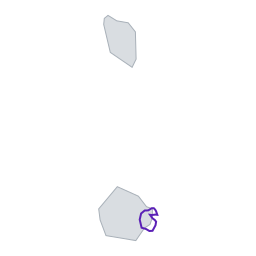 where Saint Philip sits in Antigua and Barbuda
{"feature_id": "ATG-5095", "entity_name": "Saint Philip", "entity_type": "Parish", "adm_level": 1, "iso_a3": "ATG", "parent_name": "Antigua and Barbuda", "parent_adm1": "", "projection": "natural_earth1", "projection_center": [-61.693, 17.064], "detail": "fine", "context": "in_parent", "style": "outline", "palette": "violet", "viewbox_px": 256, "rotation_deg": 0, "n_neighbors": 0, "source": "natural_earth", "source_scale": "10m", "svg_char_len": 695}
<svg xmlns="http://www.w3.org/2000/svg" viewBox="0 0 256 256"><path d="M144.4,228.1L135.8,240.6L106.0,235.6L100.1,219.9L98.7,208.9L117.3,186.7L138.4,196.2L146.5,206.7L152.4,208.8L152.3,217.8L150.0,224.4L144.4,228.1ZM136.1,59.1L132.1,67.3L110.3,52.4L103.7,24.4L104.3,18.4L108.0,15.4L116.7,20.8L128.2,22.8L135.4,31.9L136.1,59.1Z" fill="#d9dde1" stroke="#a8b0b8" stroke-width="1"/><path d="M144.7,210.5L148.2,210.4L151.8,208.2L153.8,208.2L155.2,209.7L156.1,211.3L157.3,214.8L155.5,214.6L151.8,215.0L150.0,214.8L152.5,218.3L154.8,220.0L156.1,221.7L155.5,225.3L152.5,230.8L149.4,231.0L146.0,229.0L141.6,227.7L139.7,219.6L141.1,213.5L144.7,210.5Z" fill="none" stroke="#5b21b6" stroke-width="2"/></svg>